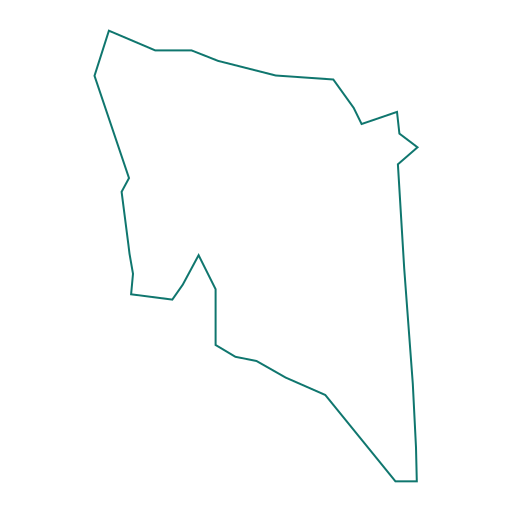 the district of Falmèy, Dosso, Niger
{"feature_id": "23599985B42967903288320", "entity_name": "Falmèy", "entity_type": "district", "adm_level": 2, "iso_a3": "NER", "parent_name": "Niger", "parent_adm1": "Dosso", "projection": "mercator", "projection_center": [2.799, 12.563], "detail": "fine", "context": "isolated", "style": "outline", "palette": "teal", "viewbox_px": 512, "rotation_deg": 0, "n_neighbors": 0, "source": "geoboundaries", "source_scale": "gbopen_adm2", "svg_char_len": 527}
<svg xmlns="http://www.w3.org/2000/svg" viewBox="0 0 512 512"><path d="M129.5,253.7L133.0,273.8L131.1,294.3L172.3,299.6L182.8,284.6L198.6,255.2L215.6,289.2L215.6,345.0L235.4,356.8L256.5,361.0L285.7,377.6L325.3,395.0L395.4,481.3L416.8,481.3L416.0,447.5L412.8,383.8L404.2,268.4L397.9,164.3L417.5,147.3L399.4,133.6L397.0,111.9L361.6,124.0L353.7,107.9L333.3,79.5L275.7,75.5L218.1,60.9L191.5,50.4L155.2,50.4L108.9,30.7L94.5,75.8L129.0,178.1L121.6,191.8L128.4,244.7L129.5,253.7Z" fill="none" stroke="#0f766e" stroke-width="2"/></svg>